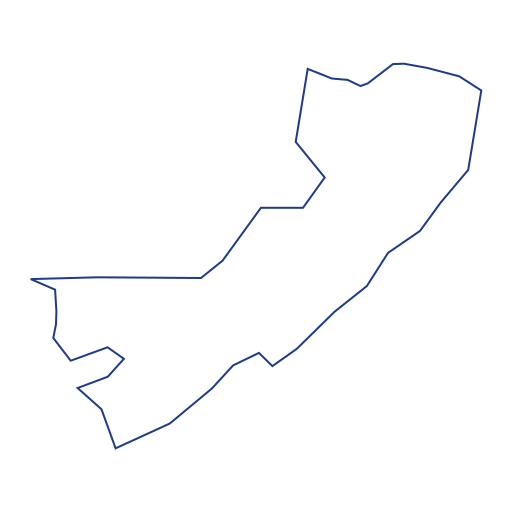 the district of Uychi, Namangan, Uzbekistan
{"feature_id": "79887680B4348480109525", "entity_name": "Uychi", "entity_type": "district", "adm_level": 2, "iso_a3": "UZB", "parent_name": "Uzbekistan", "parent_adm1": "Namangan", "projection": "equal_earth", "projection_center": [71.866, 41.057], "detail": "fine", "context": "isolated", "style": "outline", "palette": "blue", "viewbox_px": 512, "rotation_deg": 0, "n_neighbors": 0, "source": "geoboundaries", "source_scale": "gbopen_adm2", "svg_char_len": 613}
<svg xmlns="http://www.w3.org/2000/svg" viewBox="0 0 512 512"><path d="M272.4,366.1L296.7,348.9L334.6,311.7L366.9,286.0L388.0,252.9L420.0,230.9L440.8,202.4L468.2,169.9L481.3,90.5L459.4,76.4L427.2,67.9L403.9,63.7L392.9,64.1L367.8,83.4L360.4,86.0L347.6,79.9L331.8,78.5L307.7,68.9L295.7,141.9L324.7,177.5L303.0,207.8L260.9,207.8L222.6,260.6L201.0,278.0L96.8,277.3L30.7,279.1L55.1,289.7L56.4,311.2L56.0,324.2L53.3,338.0L70.7,360.7L107.5,347.3L123.9,358.8L107.8,376.7L77.6,388.0L101.5,409.3L115.6,448.3L169.8,423.5L212.0,388.4L233.1,365.4L258.9,352.9L272.4,366.1Z" fill="none" stroke="#1e3a8a" stroke-width="2"/></svg>